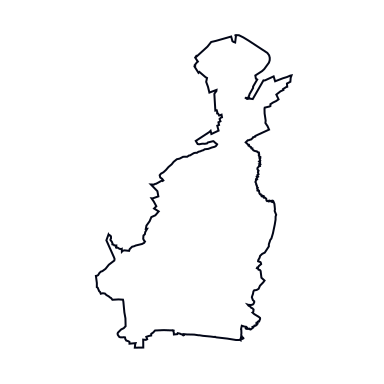 Margineni, Bacau, Romania (Natural Earth projection), rotated 276°
{"feature_id": "2599482B26421783388183", "entity_name": "Margineni", "entity_type": "district", "adm_level": 2, "iso_a3": "ROU", "parent_name": "Romania", "parent_adm1": "Bacau", "projection": "natural_earth1", "projection_center": [26.8, 46.608], "detail": "fine", "context": "isolated", "style": "outline", "palette": "ink", "viewbox_px": 384, "rotation_deg": 276, "n_neighbors": 0, "source": "geoboundaries", "source_scale": "gbopen_adm2", "svg_char_len": 6006}
<svg xmlns="http://www.w3.org/2000/svg" viewBox="0 0 384 384"><g transform="rotate(276 192 192)"><path d="M188.8,275.2L191.2,273.9L190.4,273.1L190.6,272.2L191.6,272.3L191.3,271.2L191.5,269.9L190.8,269.8L190.6,269.3L191.0,268.6L190.8,267.6L191.3,267.0L193.1,266.5L194.0,265.1L193.8,264.2L194.0,263.9L195.3,263.9L195.5,263.4L195.1,262.7L195.7,262.2L195.2,261.6L196.9,260.6L196.9,259.8L197.9,259.1L200.2,258.5L200.1,257.8L200.3,256.9L200.8,256.8L201.5,257.2L202.5,256.4L203.2,256.9L204.0,256.0L205.4,255.8L205.9,255.1L207.2,254.9L208.6,254.0L209.7,254.4L210.8,254.3L211.3,255.3L212.1,254.6L213.1,255.5L214.0,254.9L214.4,256.0L215.3,255.3L215.9,255.3L216.6,256.3L218.4,255.5L219.0,255.8L219.6,255.5L220.2,255.9L221.5,254.7L222.1,254.6L222.9,254.7L224.3,255.8L224.9,255.9L225.0,256.8L225.9,256.5L226.5,257.2L227.1,256.9L227.0,256.7L226.3,256.4L226.8,255.9L227.0,256.2L228.5,256.6L229.2,255.7L229.7,256.5L230.4,256.6L230.8,256.0L232.3,256.3L232.6,255.6L233.1,255.5L233.5,256.3L233.9,256.4L234.2,256.0L234.0,255.4L235.4,254.6L235.7,254.5L236.2,254.9L238.3,254.4L238.4,254.2L238.3,253.2L239.2,252.3L239.3,250.5L239.8,248.8L240.9,247.6L241.7,247.5L241.7,246.4L242.9,245.9L243.4,244.3L244.1,244.0L244.1,243.6L244.6,243.6L244.4,243.1L245.1,242.7L247.0,240.2L249.3,242.1L249.4,243.1L249.8,243.6L250.5,245.4L252.4,247.0L252.8,247.0L253.7,249.1L254.4,249.1L262.1,262.1L265.3,260.3L268.3,257.8L270.7,257.8L277.7,256.0L282.3,255.4L283.5,255.5L285.2,260.3L285.7,261.0L287.5,260.8L289.5,263.3L291.2,266.1L293.2,268.4L297.7,265.7L301.4,269.5L303.0,272.2L303.9,271.8L306.2,274.7L306.6,275.7L309.8,275.1L311.9,278.3L315.9,278.2L318.4,278.8L318.0,277.5L316.3,274.5L314.6,270.5L310.8,263.1L315.5,261.1L310.8,253.2L310.5,252.6L310.5,251.4L290.8,242.7L290.9,239.3L290.3,237.1L291.1,235.6L291.3,235.7L291.2,237.7L291.7,239.1L292.9,238.3L294.2,238.9L295.1,238.9L301.9,241.9L302.9,241.7L303.6,241.9L310.7,245.1L311.4,243.7L314.5,242.8L319.6,249.1L321.8,251.0L328.7,255.0L331.2,255.5L333.6,255.3L336.0,254.4L338.2,252.4L348.5,232.4L351.1,226.9L352.8,222.3L352.6,219.1L352.4,218.8L351.4,219.4L345.2,219.3L345.6,217.6L346.3,216.4L350.7,214.7L344.8,200.0L343.2,195.4L338.2,192.2L327.2,182.4L327.6,182.0L326.0,181.1L322.3,184.2L321.7,183.5L318.4,181.4L317.7,182.0L317.0,181.4L311.2,186.0L312.2,186.8L307.6,193.5L307.0,195.0L303.0,194.6L298.3,196.9L292.7,198.9L296.1,205.7L295.0,205.7L292.3,204.1L291.7,204.0L275.4,206.7L275.9,208.0L274.7,208.6L272.8,208.8L272.7,209.8L270.9,211.0L272.0,213.3L269.5,214.0L269.3,213.3L267.5,211.8L265.3,212.9L264.1,211.0L261.5,211.9L260.6,210.2L255.8,212.0L251.7,205.2L254.8,204.1L253.4,202.9L243.2,190.4L240.3,192.6L240.2,194.1L241.1,197.2L241.3,199.8L241.9,201.9L242.9,202.6L244.8,207.8L244.5,208.5L243.6,209.6L242.1,212.0L241.2,211.6L240.1,210.9L239.3,209.7L238.3,207.0L236.6,203.7L235.8,200.1L234.8,199.0L234.0,197.1L233.4,196.2L232.7,194.2L231.5,192.8L231.3,191.0L230.8,189.7L228.2,186.2L228.0,185.2L226.6,183.6L226.1,179.5L223.9,176.2L223.0,173.5L220.1,170.6L217.4,168.9L214.4,166.0L211.2,163.8L208.6,161.5L207.0,159.2L205.3,158.1L203.1,158.9L202.0,160.9L200.5,162.3L199.9,161.6L200.3,161.0L196.4,155.4L196.2,154.5L195.4,153.4L195.2,150.3L189.2,157.5L184.1,159.0L181.6,153.7L181.5,152.4L178.5,155.0L174.1,158.0L171.6,156.0L169.2,160.9L165.0,158.0L162.8,154.2L158.5,152.9L153.8,150.2L150.5,149.9L150.7,151.2L147.3,149.7L145.0,149.5L143.7,148.3L142.5,148.3L140.3,148.4L138.4,149.6L137.9,150.4L136.5,149.8L135.1,147.8L132.9,141.6L132.0,140.1L131.3,138.1L128.7,136.0L126.9,135.6L126.9,130.9L126.3,129.3L125.3,128.5L128.1,128.1L127.9,127.8L127.9,125.9L129.0,123.6L128.6,122.5L128.9,122.2L130.9,122.3L130.7,120.4L131.4,119.6L131.6,118.3L132.5,118.3L134.1,117.5L135.8,115.9L136.4,115.9L137.4,116.3L139.1,116.1L139.9,115.6L140.0,114.9L140.6,114.5L140.7,113.6L141.0,113.4L135.0,111.9L118.8,121.3L117.3,122.0L115.7,121.9L111.0,116.9L106.5,114.0L103.9,111.1L103.3,109.7L101.8,108.4L99.5,107.3L98.9,106.4L98.5,105.2L91.5,106.9L87.4,107.3L87.0,108.2L83.7,110.0L82.9,111.1L81.3,111.9L82.0,113.9L81.9,116.0L80.6,117.6L79.4,120.3L78.7,121.2L78.0,122.7L76.5,124.1L77.5,130.2L77.7,134.6L75.8,135.2L65.3,137.3L59.4,139.0L51.6,140.0L49.4,138.3L47.9,135.9L45.1,133.6L44.3,133.0L43.2,132.8L42.1,133.2L40.2,134.9L40.0,136.2L40.2,138.3L40.5,139.4L40.4,140.6L38.9,141.0L37.4,142.1L36.9,144.5L36.3,145.5L34.6,145.7L35.8,151.7L34.5,151.4L31.2,151.4L32.2,159.8L40.1,158.9L40.1,161.5L40.9,162.8L43.2,161.7L44.4,164.3L45.0,166.4L46.7,166.3L48.2,168.1L50.4,169.7L51.7,178.4L52.2,185.8L52.5,187.2L52.3,188.2L51.4,188.0L50.7,188.5L48.4,188.9L49.1,192.2L50.1,192.5L49.9,194.7L49.4,196.1L49.4,196.8L48.5,198.3L48.7,198.7L49.7,198.0L49.8,198.3L49.8,201.7L50.4,209.0L50.2,213.4L50.3,214.7L50.1,217.8L50.2,225.6L50.1,229.4L50.4,230.0L50.0,231.1L49.9,242.4L49.4,251.4L49.8,254.6L50.1,254.9L49.6,255.9L52.0,255.9L51.1,257.3L51.8,258.4L52.3,258.2L53.4,256.5L54.1,256.4L54.7,255.9L56.8,255.9L60.2,255.4L60.6,255.1L64.2,255.5L63.6,258.4L63.6,260.0L62.7,261.1L62.6,260.4L62.0,259.8L61.6,260.2L61.6,260.4L61.9,260.7L61.6,261.3L61.9,261.8L61.6,263.5L61.9,263.7L61.5,264.1L61.4,264.7L63.5,266.9L64.2,266.4L64.9,267.8L65.7,268.1L65.6,269.1L66.7,270.3L67.4,270.5L67.5,270.3L67.2,269.9L67.4,269.8L68.1,269.8L67.7,270.7L67.9,271.0L68.6,271.0L68.7,270.6L69.6,270.7L70.4,271.6L70.3,272.3L72.9,273.0L73.9,272.8L74.7,271.6L77.1,266.6L78.4,264.8L78.7,265.2L79.6,265.5L81.6,265.5L82.7,264.2L83.0,263.0L84.3,261.7L84.8,260.2L85.8,259.2L85.5,260.7L85.8,261.2L85.7,262.2L86.4,264.2L87.3,264.9L88.9,265.4L89.8,265.3L90.9,263.8L93.7,262.5L97.1,263.3L99.6,263.5L100.8,264.2L101.0,265.6L101.5,266.8L102.7,268.4L105.9,269.4L109.6,272.3L111.5,273.4L114.0,270.0L120.6,268.5L121.5,267.7L121.7,266.3L122.6,265.8L123.0,264.5L123.8,264.8L124.2,265.7L125.5,266.3L127.5,268.3L128.5,268.0L129.4,267.4L130.0,265.0L131.1,265.0L133.7,266.1L135.6,266.4L137.8,268.3L139.3,270.7L145.9,274.1L148.1,273.9L152.6,274.9L154.0,275.8L159.3,276.8L168.1,277.7L173.2,278.0L176.3,277.7L178.1,278.1L181.8,276.2L183.5,276.3L188.8,275.2Z" fill="none" stroke="#020617" stroke-width="2"/></g></svg>